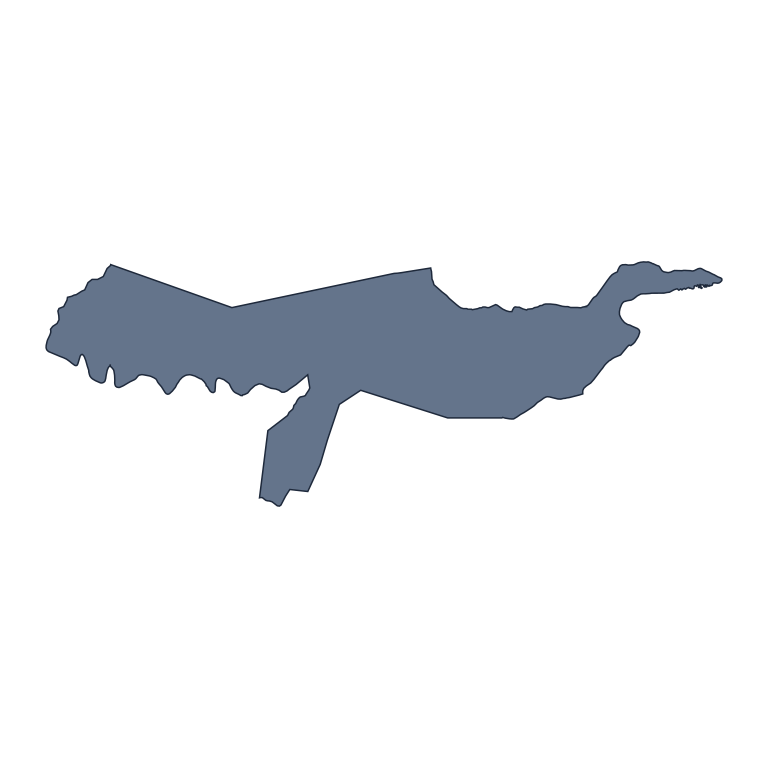 Mamiku, Praslin, Saint Lucia
{"feature_id": "8701671B59649153426200", "entity_name": "Mamiku", "entity_type": "district", "adm_level": 2, "iso_a3": "LCA", "parent_name": "Saint Lucia", "parent_adm1": "Praslin", "projection": "natural_earth1", "projection_center": [-60.895, 13.866], "detail": "fine", "context": "isolated", "style": "filled", "palette": "slate", "viewbox_px": 768, "rotation_deg": 0, "n_neighbors": 0, "source": "geoboundaries", "source_scale": "gbopen_adm2", "svg_char_len": 6064}
<svg xmlns="http://www.w3.org/2000/svg" viewBox="0 0 768 768"><path d="M394.1,273.4L231.9,307.6L110.7,264.6L110.7,265.3L107.1,268.5L103.3,276.5L97.6,279.4L92.1,279.4L88.0,282.6L84.7,289.9L81.7,291.2L76.2,294.7L74.1,295.1L71.6,296.3L67.5,297.3L67.0,300.2L63.7,306.6L59.0,308.5L57.9,311.0L58.8,315.8L59.0,319.8L57.1,323.5L52.7,326.4L50.5,329.3L50.7,330.2L50.8,331.9L50.5,333.3L49.8,335.2L47.6,339.8L47.1,341.3L46.2,345.3L46.1,347.6L46.3,348.6L46.8,349.9L48.4,351.5L59.8,356.3L63.7,357.8L66.6,359.2L69.8,361.5L71.7,363.1L74.7,365.3L75.7,365.6L76.2,365.6L77.0,365.3L77.4,364.7L77.9,363.7L80.2,356.0L81.3,354.6L82.2,354.4L82.7,354.7L83.6,355.6L84.3,356.7L85.8,360.6L87.3,366.0L88.7,370.3L88.8,372.0L89.4,374.5L90.0,376.2L91.3,377.9L92.6,379.0L95.5,380.7L99.8,382.6L101.0,383.0L102.2,382.9L103.6,382.4L104.7,381.5L105.1,380.7L105.7,378.5L106.2,375.1L107.2,370.2L108.3,367.6L109.2,366.5L109.8,366.2L110.3,364.4L110.3,366.3L111.7,367.5L112.7,368.7L113.6,369.9L114.0,371.3L114.6,375.4L114.8,380.1L114.7,383.0L115.0,384.8L115.6,386.2L117.0,387.2L119.0,387.5L120.1,387.2L123.4,385.7L130.0,381.8L134.6,379.6L135.8,378.7L138.2,375.8L139.0,375.2L141.8,374.6L143.5,374.8L149.3,375.9L151.0,376.4L154.0,377.8L156.0,379.1L156.9,380.4L157.5,381.8L158.6,383.4L161.5,386.8L165.1,392.5L166.1,393.6L167.2,394.1L167.9,394.2L168.8,394.0L169.6,393.6L172.4,391.0L175.4,387.3L176.8,384.4L178.3,382.3L179.8,379.9L182.2,377.4L184.7,375.8L186.4,375.1L189.5,374.7L191.0,374.9L194.8,376.0L200.5,378.9L201.4,379.0L204.2,381.7L206.0,384.3L206.2,385.7L207.4,386.6L209.6,390.3L210.4,391.4L211.8,392.3L213.2,392.6L214.3,392.0L214.8,391.6L215.0,391.0L215.3,387.3L215.4,384.1L215.6,382.1L216.1,380.5L216.6,379.4L217.4,378.6L218.1,378.2L219.5,378.1L221.9,378.9L224.0,379.7L228.7,383.2L229.4,384.0L231.1,387.6L232.0,389.1L233.4,391.1L234.5,392.1L235.5,392.8L238.7,394.3L241.0,395.6L242.4,395.6L242.7,394.9L244.6,394.5L247.7,393.0L250.5,389.5L254.9,385.6L259.1,383.8L262.2,384.3L266.0,386.3L271.1,388.3L275.7,389.0L279.0,390.2L281.8,392.2L284.2,392.2L287.1,390.9L289.2,389.2L296.1,384.5L307.7,374.8L309.8,388.0L308.8,390.1L306.0,394.3L305.4,395.5L303.9,396.2L300.2,397.0L298.6,398.4L297.2,400.4L295.7,403.5L293.9,405.4L293.3,408.0L292.7,409.2L289.1,412.4L287.6,415.5L267.9,430.6L259.5,497.8L260.2,497.6L262.3,497.6L265.9,500.4L267.5,500.8L269.5,501.0L272.1,501.8L277.3,505.8L279.4,506.1L280.9,505.1L285.6,496.1L289.8,489.5L307.8,491.5L320.2,464.4L327.4,440.0L339.3,404.4L360.7,390.3L447.6,417.9L502.0,417.9L502.7,417.4L505.1,418.1L509.4,418.8L511.8,419.0L513.7,418.9L516.9,417.0L520.6,414.4L523.9,412.6L526.3,411.1L531.3,407.8L534.2,405.7L537.4,402.5L541.0,400.2L543.5,398.3L545.5,397.2L547.1,396.7L549.5,396.9L557.9,399.0L560.9,399.1L563.3,398.5L565.5,398.3L566.7,397.9L569.1,397.6L579.3,395.0L582.8,393.9L582.7,392.1L582.8,390.6L583.8,388.3L586.4,385.9L590.7,383.0L593.9,379.4L600.9,370.2L602.5,368.3L604.5,365.4L606.4,363.3L609.6,360.4L610.2,360.3L612.4,358.6L614.5,357.4L620.6,354.9L627.3,346.8L628.8,345.3L629.3,345.2L630.8,345.6L633.3,343.7L634.9,342.0L638.3,336.5L639.7,332.3L639.5,330.8L638.7,329.5L637.4,328.5L631.6,326.0L630.6,325.4L628.8,324.8L627.7,324.6L624.5,322.6L622.0,319.7L620.7,317.6L619.5,314.8L619.4,311.8L620.0,308.5L621.5,304.7L621.9,303.9L622.8,302.7L623.9,301.7L627.4,300.7L631.0,300.1L631.6,299.9L633.3,299.0L634.9,297.8L637.4,295.8L640.9,294.0L643.0,293.8L645.4,293.8L649.8,293.5L651.6,293.2L664.0,293.1L666.9,292.5L669.5,292.2L674.0,289.8L676.7,288.9L677.1,288.8L677.6,289.1L678.3,289.8L678.9,290.2L680.6,289.0L680.8,288.9L681.9,289.9L682.6,289.5L683.0,288.9L684.0,288.7L684.2,288.4L684.5,288.4L684.9,288.8L685.6,289.2L685.9,289.1L686.5,288.4L687.5,287.9L688.6,287.5L688.8,287.5L689.2,288.1L689.5,288.2L689.9,288.0L691.8,288.7L692.9,288.9L693.6,288.5L693.9,288.2L694.1,287.5L694.1,286.8L694.5,285.9L695.2,285.7L696.9,286.4L697.1,286.1L697.2,285.2L697.4,285.0L697.6,284.9L698.2,285.1L698.8,285.9L699.0,286.4L698.6,287.1L698.6,287.4L698.8,287.6L699.1,287.6L700.1,287.0L700.4,287.1L700.6,287.9L701.6,288.4L701.9,288.2L702.1,287.9L702.0,287.7L700.9,286.7L699.7,285.4L700.0,284.5L700.1,284.4L701.2,285.0L701.6,285.0L702.7,284.8L703.4,285.1L703.6,286.1L704.4,287.0L706.3,287.0L706.6,286.8L706.3,286.1L706.0,285.9L705.0,285.7L704.8,285.5L704.8,285.3L705.4,284.9L705.9,285.0L706.4,285.5L707.1,285.6L707.2,285.1L707.5,285.1L708.2,286.2L708.9,285.8L709.4,286.0L709.5,285.4L710.3,285.7L710.7,285.7L712.1,285.2L712.5,284.5L712.7,283.4L713.0,283.2L713.6,282.9L715.1,282.9L717.8,283.2L719.3,282.8L720.5,282.0L721.8,280.6L721.9,279.4L721.9,279.0L721.4,278.5L720.9,278.0L718.0,276.9L714.1,274.7L713.0,274.3L708.8,272.1L705.9,271.1L701.5,268.7L700.6,268.4L699.7,268.4L698.2,268.7L694.3,270.6L692.7,271.0L691.3,270.9L690.9,270.7L684.7,270.4L683.7,270.4L681.9,270.7L674.5,270.5L673.1,271.0L670.7,272.1L668.2,272.6L666.2,272.3L663.8,271.8L663.2,271.5L662.4,271.0L661.6,270.2L659.3,266.4L658.4,265.9L657.0,265.5L654.2,264.2L653.1,263.7L652.6,263.7L651.2,262.9L648.6,262.0L648.1,261.9L646.4,262.1L643.5,261.9L640.4,262.3L638.1,262.9L634.3,264.6L632.8,264.9L628.2,265.1L625.8,264.6L622.3,264.8L620.8,265.5L620.1,266.1L619.5,266.9L618.1,269.6L617.5,271.5L617.3,271.8L616.6,272.3L615.5,272.7L614.0,273.5L612.1,274.7L610.1,276.8L607.1,280.8L602.3,287.6L599.7,291.2L597.0,295.0L595.9,296.2L593.9,297.4L592.7,298.7L588.4,304.9L587.1,305.9L585.3,306.5L585.6,306.7L583.0,307.0L580.8,307.8L577.4,307.5L570.6,307.5L567.9,306.6L565.2,306.6L562.5,306.3L556.0,304.6L550.1,304.0L545.7,304.0L543.5,304.5L542.3,305.4L540.1,305.6L537.7,307.0L534.5,307.6L532.5,308.7L527.7,309.2L526.7,310.0L522.9,308.9L519.3,307.2L517.3,307.2L515.1,306.9L513.9,307.7L512.7,309.7L511.9,311.6L509.2,311.6L506.3,310.8L502.7,309.1L497.1,305.1L495.6,304.6L489.0,307.6L487.3,307.6L485.1,307.0L482.9,307.0L481.5,307.8L479.8,307.8L477.6,308.7L472.2,309.7L471.5,309.2L467.8,309.2L466.8,308.6L463.4,308.6L461.2,308.0L459.3,306.9L456.4,304.6L449.3,298.5L446.5,295.4L442.1,292.0L433.9,284.7L433.2,281.9L432.0,279.1L431.5,271.6L430.9,269.3L430.7,268.0L401.2,272.7L397.3,273.2L394.1,273.4Z" fill="#64748b" stroke="#1e293b" stroke-width="1.5"/></svg>